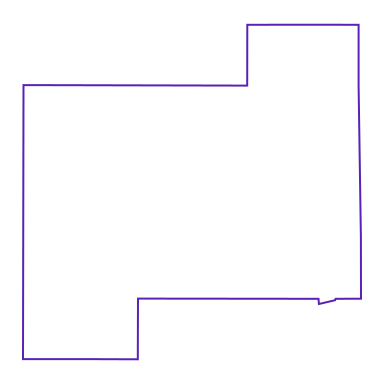 Beckham, Oklahoma, United States of America
{"feature_id": "52423323B70117049347271", "entity_name": "Beckham", "entity_type": "district", "adm_level": 2, "iso_a3": "USA", "parent_name": "United States of America", "parent_adm1": "Oklahoma", "projection": "equal_earth", "projection_center": [-99.609, 35.27], "detail": "fine", "context": "isolated", "style": "outline", "palette": "violet", "viewbox_px": 384, "rotation_deg": 0, "n_neighbors": 0, "source": "geoboundaries", "source_scale": "gbopen_adm2", "svg_char_len": 343}
<svg xmlns="http://www.w3.org/2000/svg" viewBox="0 0 384 384"><path d="M23.2,252.5L23.0,359.1L82.1,359.1L137.8,359.3L138.0,298.6L318.5,298.8L318.9,304.0L335.1,300.2L335.6,298.8L361.0,298.7L360.9,237.3L358.6,85.9L358.6,55.2L358.6,24.8L312.0,24.7L247.3,24.8L247.2,85.6L23.5,85.1L23.2,252.5Z" fill="none" stroke="#5b21b6" stroke-width="2"/></svg>